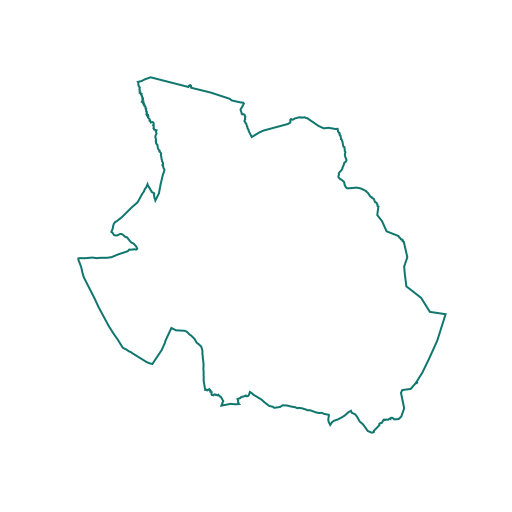 Sør-Aurdal nor, Oppland, Norway (orthographic projection), rotated 169°
{"feature_id": "86288312B19107162508437", "entity_name": "Sør-Aurdal nor", "entity_type": "district", "adm_level": 2, "iso_a3": "NOR", "parent_name": "Norway", "parent_adm1": "Oppland", "projection": "orthographic", "projection_center": [9.715, 60.667], "detail": "fine", "context": "isolated", "style": "outline", "palette": "teal", "viewbox_px": 512, "rotation_deg": 169, "n_neighbors": 0, "source": "geoboundaries", "source_scale": "gbopen_adm2", "svg_char_len": 6105}
<svg xmlns="http://www.w3.org/2000/svg" viewBox="0 0 512 512"><g transform="rotate(169 256 256)"><path d="M338.7,449.4L338.4,448.8L338.8,446.7L338.7,445.4L338.2,444.6L338.4,444.3L338.0,443.4L338.6,441.9L338.4,441.2L338.6,441.1L338.6,440.0L339.0,439.1L338.9,438.9L339.0,438.5L338.3,438.4L338.4,437.9L338.1,437.6L338.2,436.9L337.8,436.8L337.9,436.7L337.5,435.9L337.7,435.3L337.3,434.5L337.4,434.3L337.0,434.1L337.4,434.1L337.2,433.3L337.4,432.8L336.8,432.3L337.0,431.4L337.5,431.2L337.4,430.9L338.2,429.6L337.7,429.4L338.2,429.1L337.8,428.9L338.1,428.7L337.7,428.4L337.7,427.7L337.3,427.5L337.5,427.3L337.3,427.0L337.4,426.4L336.7,426.3L336.6,425.4L337.0,424.8L336.1,423.9L336.3,423.5L336.0,422.8L336.2,422.0L335.7,421.4L336.2,420.8L335.7,418.6L336.1,418.5L335.8,417.7L336.2,416.8L335.9,416.3L336.5,415.8L336.1,414.5L335.1,414.8L335.0,413.5L335.6,412.9L335.5,412.4L334.3,410.6L334.3,410.1L334.7,409.2L334.0,408.8L334.1,408.2L333.8,407.1L332.1,407.3L331.5,406.8L331.1,405.7L331.2,405.0L332.1,403.9L331.5,403.2L331.9,401.6L332.3,401.0L331.8,400.2L331.9,399.6L329.7,398.4L330.5,397.6L330.3,395.9L330.4,395.0L331.7,393.3L332.1,391.8L332.2,391.4L331.9,390.3L332.0,389.2L332.2,388.8L332.1,388.4L332.5,388.0L332.3,387.3L332.6,385.6L331.5,383.7L331.7,382.8L331.7,380.3L331.3,379.0L330.5,377.9L330.9,377.0L330.0,375.8L329.6,374.5L330.2,373.1L330.0,371.6L330.2,369.7L330.0,366.3L329.6,365.6L329.6,364.1L329.9,363.5L329.9,363.1L330.5,363.0L330.0,361.2L329.9,359.6L329.6,359.0L329.5,357.8L330.3,356.0L331.7,354.0L336.0,344.5L339.3,336.1L344.2,329.7L344.3,331.4L344.6,332.2L344.6,333.6L344.4,334.3L344.6,335.6L344.0,336.5L344.0,337.0L346.2,338.8L346.2,339.4L346.8,340.6L347.5,343.1L347.8,343.5L347.8,343.9L348.7,346.0L348.8,347.1L350.6,344.4L352.5,342.7L353.5,341.0L356.3,338.2L361.2,332.2L362.8,330.8L368.8,327.4L380.1,319.8L386.0,316.8L388.2,316.0L389.6,314.4L390.9,311.9L391.3,310.4L393.4,307.2L392.4,306.1L391.5,303.9L390.9,303.3L388.7,302.7L385.1,303.5L384.1,303.4L382.7,302.4L380.6,299.6L379.1,299.0L376.7,294.4L375.9,293.2L373.7,291.4L371.8,288.2L371.2,285.8L372.5,285.1L374.0,285.8L377.2,286.0L379.2,286.5L380.5,285.5L381.4,285.1L390.9,283.9L398.1,282.4L402.8,282.7L410.2,284.1L412.5,284.2L417.0,285.7L424.6,286.5L428.7,287.4L430.8,287.6L431.0,286.9L431.0,285.3L430.6,283.8L429.7,278.3L429.5,271.8L429.1,268.0L422.5,244.9L420.3,235.9L414.0,215.6L411.2,208.3L407.7,200.4L404.3,191.4L400.9,188.7L399.2,186.9L396.9,185.3L396.5,184.7L383.8,172.9L381.2,171.1L378.3,169.8L366.4,181.8L361.6,188.7L361.3,189.7L359.6,192.1L352.8,201.5L348.7,198.3L340.2,196.2L338.3,194.8L336.1,191.5L334.7,190.1L332.1,186.2L330.7,182.1L329.2,180.5L327.1,177.6L326.8,175.4L326.7,172.7L327.3,170.3L327.4,167.5L327.7,166.0L327.9,162.0L328.3,158.9L329.3,154.8L329.5,152.3L330.3,148.4L330.4,147.2L331.2,143.5L331.4,134.2L329.9,134.2L329.5,133.4L328.1,133.9L327.5,133.6L327.5,134.0L327.2,134.2L326.4,132.8L326.6,132.3L326.3,132.0L326.7,131.5L325.5,130.8L326.1,128.7L325.8,127.9L324.3,127.4L323.3,128.1L322.7,128.0L322.2,127.4L321.4,127.3L320.6,126.6L319.7,126.9L319.7,126.5L318.6,125.8L318.3,125.1L317.4,124.4L316.9,123.2L316.6,122.2L316.6,121.8L315.8,119.8L317.2,118.1L317.1,117.5L317.3,117.2L317.8,116.8L318.5,115.7L309.2,115.7L304.6,114.4L301.0,113.9L301.4,114.5L301.2,115.4L301.6,116.3L301.1,117.1L301.4,118.6L301.4,119.2L298.6,119.5L297.4,120.4L295.1,120.4L292.7,121.0L292.5,120.4L291.6,120.0L290.2,120.2L289.2,121.4L287.9,123.7L285.9,121.7L285.4,120.7L278.1,114.1L275.1,110.2L271.5,106.2L268.4,104.9L267.1,103.5L261.2,103.2L258.2,104.4L253.5,103.1L250.5,101.6L246.4,100.1L244.5,98.7L243.1,98.8L240.5,98.0L235.6,95.4L235.1,94.8L232.4,94.3L226.7,90.9L224.0,89.8L221.4,89.5L219.1,87.9L214.9,86.3L214.9,85.5L216.2,81.9L216.4,79.6L215.4,76.0L212.8,78.5L210.7,79.4L206.5,80.0L202.1,81.4L199.3,82.5L194.9,85.1L192.3,85.9L191.9,83.8L189.1,81.9L187.4,78.9L186.8,76.7L185.7,73.6L183.1,70.4L179.7,62.9L176.1,60.5L174.0,60.6L173.8,60.9L173.8,61.8L167.3,66.3L167.1,66.6L167.1,67.5L166.3,68.1L164.1,68.3L162.7,70.2L161.7,71.0L161.3,71.0L160.8,70.3L159.5,70.7L157.7,70.0L155.5,70.9L155.1,70.5L154.9,71.2L153.9,71.4L152.8,71.0L151.4,69.2L147.1,68.7L144.0,70.7L140.3,77.0L139.6,78.6L139.8,94.0L138.0,96.5L129.5,96.0L123.0,101.1L122.4,100.6L121.9,101.2L122.4,101.8L114.8,110.0L105.8,122.0L95.8,136.1L94.1,138.6L81.0,162.7L96.0,168.0L101.9,183.4L114.2,197.5L113.4,209.4L112.6,217.3L107.7,225.9L108.2,241.6L108.6,242.3L109.3,242.5L109.3,243.0L108.9,243.3L109.0,243.8L109.6,244.4L110.5,244.6L111.2,246.4L111.9,246.8L112.1,248.0L113.1,248.9L123.1,255.3L125.6,266.0L129.1,273.0L128.6,274.8L126.4,281.2L127.2,281.9L126.9,283.5L127.4,284.3L127.5,285.2L129.0,286.4L129.3,289.4L130.9,290.8L131.1,291.6L132.5,292.6L133.7,295.8L135.7,298.8L139.2,301.6L140.9,302.6L144.1,303.9L152.4,304.8L153.8,305.2L154.7,306.3L155.4,308.8L155.4,311.6L155.7,312.2L157.2,314.2L159.1,315.9L160.0,317.6L159.9,318.7L159.0,320.0L159.0,321.1L158.4,322.0L155.5,324.1L154.5,325.3L154.1,326.6L153.4,327.2L151.4,330.8L149.8,331.4L148.8,333.0L149.0,334.2L149.4,335.7L149.5,337.9L149.2,339.5L148.8,339.9L148.4,340.9L148.9,342.3L148.5,343.7L148.6,345.4L148.4,346.0L149.2,346.6L149.4,347.9L149.3,352.1L149.8,354.1L150.3,354.4L150.0,355.4L150.2,356.1L150.0,357.7L150.7,358.6L150.5,359.2L150.8,359.7L150.5,360.4L150.5,360.9L151.2,361.3L151.5,362.3L151.8,362.6L151.6,363.7L151.7,365.3L153.5,365.4L160.3,368.0L165.1,368.4L169.9,371.8L179.4,381.5L180.6,381.9L181.8,382.9L184.5,383.0L185.0,383.5L186.3,383.5L187.1,383.9L191.6,383.6L193.8,382.8L194.7,383.0L195.5,383.8L196.2,383.4L196.5,382.3L196.5,381.7L196.9,380.4L199.5,379.5L224.7,377.7L229.0,376.7L237.5,373.6L239.4,380.5L239.2,381.0L240.0,383.3L239.8,384.5L240.1,384.9L240.4,387.9L240.8,388.3L241.0,389.5L241.6,390.4L241.3,391.4L240.6,392.0L240.6,393.1L239.9,394.6L240.2,395.2L240.1,396.4L241.0,397.5L242.6,397.7L242.9,398.3L242.8,399.4L243.3,402.2L243.0,403.1L241.3,404.8L238.8,408.0L239.6,409.1L241.6,409.6L250.1,413.3L251.9,415.4L269.1,425.0L287.5,433.5L287.3,434.3L287.7,434.8L287.4,435.0L287.3,435.5L287.9,436.3L289.6,435.8L290.1,434.8L325.3,451.5L331.5,450.6L334.9,449.6L338.7,449.4Z" fill="none" stroke="#0f766e" stroke-width="2"/></g></svg>